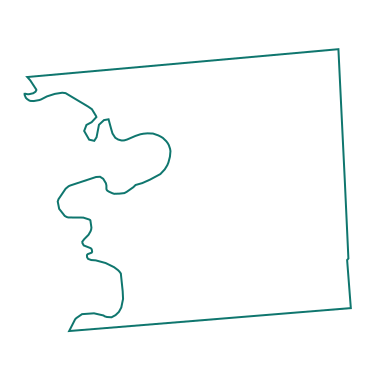 the district of Cooke, Texas, United States of America, rotated 265°
{"feature_id": "52423323B51849349717412", "entity_name": "Cooke", "entity_type": "district", "adm_level": 2, "iso_a3": "USA", "parent_name": "United States of America", "parent_adm1": "Texas", "projection": "natural_earth1", "projection_center": [-97.188, 33.686], "detail": "fine", "context": "isolated", "style": "outline", "palette": "teal", "viewbox_px": 384, "rotation_deg": 265, "n_neighbors": 0, "source": "geoboundaries", "source_scale": "gbopen_adm2", "svg_char_len": 1711}
<svg xmlns="http://www.w3.org/2000/svg" viewBox="0 0 384 384"><g transform="rotate(265 192 192)"><path d="M112.1,342.0L189.8,345.2L321.5,350.3L320.9,37.9L317.3,40.6L307.6,45.8L307.0,45.8L305.5,44.8L304.2,42.4L303.6,38.0L303.8,36.4L304.4,34.5L304.4,33.8L303.4,33.7L300.3,34.7L298.9,35.9L297.3,37.9L296.8,39.0L296.4,42.3L296.9,48.0L297.4,49.8L299.9,55.9L301.7,63.9L302.2,71.4L301.5,74.7L286.1,96.0L283.2,99.5L276.1,103.0L275.0,103.3L270.3,98.1L268.0,92.7L262.2,89.9L253.1,94.1L251.5,99.1L254.9,101.7L267.1,105.2L271.3,110.6L271.7,115.2L262.2,116.9L257.2,117.9L252.7,120.3L250.7,123.0L249.5,126.2L249.3,128.8L249.9,131.8L252.8,140.6L254.0,145.6L254.3,148.8L254.3,152.9L253.6,158.3L251.3,163.4L249.8,165.8L248.4,167.7L244.8,170.8L242.7,172.1L240.7,173.0L237.0,173.9L234.6,174.1L229.1,173.1L223.5,171.1L220.8,169.7L216.9,166.8L212.6,162.0L208.0,151.3L205.2,143.2L203.9,136.4L201.9,134.0L197.8,126.9L196.8,124.5L196.7,119.6L197.0,114.3L197.7,112.6L199.5,109.4L200.6,107.9L201.4,107.3L202.4,107.0L205.9,107.3L208.2,107.0L212.9,104.7L215.2,101.7L215.3,97.7L209.1,71.3L208.5,69.6L206.3,66.4L196.5,58.4L194.2,57.4L186.8,58.2L179.3,63.1L178.0,65.0L177.4,66.6L176.0,81.4L173.6,87.1L172.9,88.1L172.4,88.3L165.3,88.7L163.5,88.3L161.7,87.5L158.4,85.2L154.5,80.6L152.1,78.4L150.6,78.4L148.2,79.5L144.9,86.1L144.2,86.8L143.1,87.2L141.1,87.3L140.3,86.7L139.2,82.8L138.7,82.1L137.9,81.8L136.1,81.8L134.4,82.7L133.0,85.7L132.3,90.1L128.8,99.7L123.9,107.8L120.6,111.5L119.0,112.8L117.0,114.0L99.2,114.3L91.5,114.0L83.1,111.5L78.9,108.7L76.0,105.1L74.2,100.9L74.9,96.3L75.8,94.1L76.7,93.1L79.7,83.8L79.9,71.8L76.5,65.8L75.4,64.5L64.2,57.5L62.5,340.1L110.7,340.6L112.1,342.0Z" fill="none" stroke="#0f766e" stroke-width="2"/></g></svg>